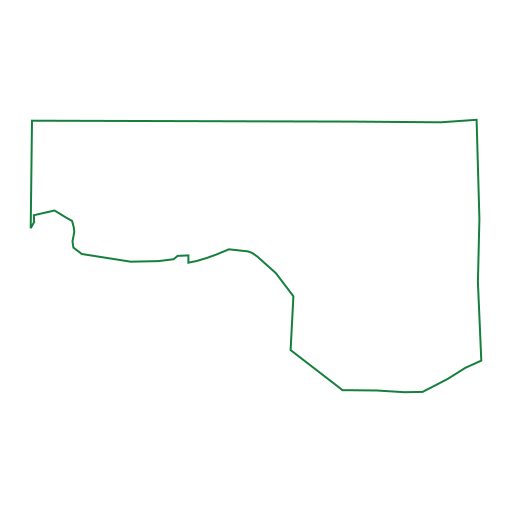 Wahkiakum, Washington, United States of America
{"feature_id": "52423323B48044581252464", "entity_name": "Wahkiakum", "entity_type": "district", "adm_level": 2, "iso_a3": "USA", "parent_name": "United States of America", "parent_adm1": "Washington", "projection": "equal_earth", "projection_center": [-123.489, 46.265], "detail": "fine", "context": "isolated", "style": "outline", "palette": "green", "viewbox_px": 512, "rotation_deg": 0, "n_neighbors": 0, "source": "geoboundaries", "source_scale": "gbopen_adm2", "svg_char_len": 619}
<svg xmlns="http://www.w3.org/2000/svg" viewBox="0 0 512 512"><path d="M353.9,121.6L32.0,120.7L30.7,228.2L34.1,222.1L33.9,215.2L54.5,210.5L65.8,217.4L72.1,221.0L73.7,227.0L74.3,231.8L72.5,241.4L73.4,247.6L81.8,254.0L130.7,261.7L158.6,261.1L173.7,259.2L177.6,255.9L188.4,255.4L188.4,262.7L196.7,261.0L207.0,257.9L215.9,254.7L229.0,249.3L247.9,251.4L252.1,252.9L257.4,256.6L275.9,273.2L293.4,296.3L290.6,350.1L342.6,390.2L349.4,390.2L376.9,390.5L404.3,392.2L422.6,391.9L447.9,378.8L465.4,367.8L481.3,360.6L477.9,282.0L479.4,218.8L476.6,119.8L440.7,122.3L353.9,121.6Z" fill="none" stroke="#15803d" stroke-width="2"/></svg>